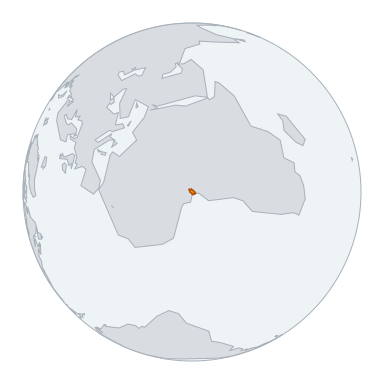 the Earth from above Sud-Ouest, rotated 294°
{"feature_id": "CMR-799", "entity_name": "Sud-Ouest", "entity_type": "Province", "adm_level": 1, "iso_a3": "CMR", "parent_name": "Cameroon", "parent_adm1": "", "projection": "orthographic", "projection_center": [9.217, 5.228], "detail": "fine", "context": "on_globe", "style": "filled", "palette": "amber", "viewbox_px": 384, "rotation_deg": 294, "n_neighbors": 0, "source": "natural_earth", "source_scale": "10m", "svg_char_len": 9107}
<svg xmlns="http://www.w3.org/2000/svg" viewBox="0 0 384 384"><g transform="rotate(294 192 192)"><circle cx="192" cy="192" r="169" fill="#eef3f6" stroke="#a8b0b8"/><path d="M132.8,33.8L133.3,33.6L134.2,33.2L139.6,31.4L140.5,31.1L135.7,32.7L134.6,33.1L133.7,33.5L130.9,34.5L132.8,33.8L127.0,36.2L134.1,33.6L130.5,35.2L126.3,36.9L125.0,37.1L117.2,40.5L132.8,33.8ZM99.7,50.5L95.5,53.7L91.0,56.9L86.2,61.0L89.4,58.8L94.3,54.9L99.1,52.3L104.6,48.4L107.3,47.0L113.6,43.3L114.4,43.7L111.8,46.2L106.6,49.4L105.3,50.8L111.7,47.9L103.4,54.7L100.4,61.0L98.1,63.2L91.0,66.1L87.3,65.1L78.0,71.1L85.8,67.3L79.8,73.5L79.6,74.8L81.0,74.7L83.9,72.6L82.3,75.0L73.9,79.1L75.3,76.9L77.9,75.5L76.2,75.3L70.5,79.0L68.0,82.4L62.2,86.1L60.3,88.7L57.9,91.3L61.4,86.7L55.1,95.3L47.9,104.1L39.1,120.4L45.8,107.4L52.8,96.2L60.7,85.6L69.4,75.7L78.8,66.5L88.9,58.1L99.7,50.5ZM25.2,165.1L25.4,164.2L25.4,167.8L27.1,161.2L29.0,158.1L27.2,167.9L29.8,159.4L29.9,164.5L34.9,165.6L34.1,167.7L38.1,180.6L45.3,187.2L47.0,194.8L45.8,199.1L49.0,200.9L49.1,203.8L64.3,210.5L74.2,219.0L75.4,229.2L69.9,240.1L71.7,264.0L63.7,270.4L66.1,279.9L67.8,292.8L62.3,290.7L68.6,298.0L69.4,301.7L67.1,301.3L70.8,306.0L69.3,305.7L73.2,309.2L76.9,314.6L83.0,319.9L87.3,324.2L91.3,327.3L90.7,327.0L91.6,327.8L93.7,329.4L90.4,327.0L79.4,318.0L77.4,316.2L76.7,315.5L75.6,314.4L68.4,307.0L69.7,308.5L58.4,295.2L51.3,284.3L35.7,251.5L32.9,244.6L29.1,235.8L24.8,216.1L23.5,204.3L23.2,200.1L23.1,196.3L23.1,194.3L23.8,181.7L25.0,168.3L25.1,166.2L24.4,170.8L24.5,169.7L25.2,165.1ZM36.0,127.1L36.6,126.0L34.6,135.3L33.3,135.6L34.0,134.2L35.0,130.6L36.1,127.0L35.9,127.4L36.0,127.1ZM41.1,117.4L41.3,116.6L41.1,117.4ZM112.7,43.5L113.1,43.4L111.7,44.1L112.7,43.5ZM115.1,42.1L113.2,42.9L114.0,42.4L115.1,41.9L115.1,42.1ZM117.2,41.2L115.7,41.4L117.2,40.6L122.8,38.0L117.2,41.2ZM146.4,29.3L146.7,29.2L144.8,29.8L140.9,31.0L146.4,29.3ZM144.2,30.0L147.1,29.2L145.7,29.7L141.3,30.8L144.2,30.0ZM142.3,31.6L142.1,31.3L144.6,30.5L142.3,31.6ZM148.3,28.8L148.8,28.7L149.8,28.4L151.4,28.1L148.3,28.8ZM155.9,27.0L150.5,28.5L150.3,28.9L148.1,29.6L148.7,28.8L155.9,27.0ZM154.9,27.2L155.0,27.2L152.2,27.8L150.4,28.2L154.9,27.2ZM156.4,27.0L157.7,26.6L156.7,26.9L156.4,27.0ZM161.0,26.0L159.2,26.4L157.9,26.6L161.0,26.0ZM161.6,25.8L163.5,25.5L158.5,26.4L161.0,25.9L161.6,25.8ZM166.8,25.2L160.9,26.4L158.0,26.7L164.2,25.5L166.8,25.2ZM91.5,327.8L94.3,329.8L91.8,327.7L98.0,331.7L98.9,332.8L91.7,328.0L91.5,327.8ZM93.7,327.5L93.8,326.6L95.3,327.5L95.6,328.4L93.7,327.5ZM356.5,153.3L356.3,152.8L358.8,165.0L359.1,167.0L359.8,172.3L359.4,169.4L357.6,158.7L353.5,143.5L353.8,146.8L351.9,140.7L346.4,128.8L345.6,133.4L345.7,150.7L348.8,166.8L347.5,174.3L338.4,152.1L332.7,137.1L330.4,139.0L320.2,127.3L305.4,128.2L302.5,124.5L299.9,126.6L292.5,123.4L287.7,117.6L283.6,118.3L296.4,133.9L300.6,133.2L302.9,126.6L305.8,132.4L312.8,137.2L308.2,152.4L284.8,167.6L281.1,155.7L256.0,125.1L256.0,121.6L255.8,121.2L255.4,120.5L254.6,126.3L249.7,120.5L264.7,141.6L267.8,151.1L284.5,168.3L283.3,170.3L288.2,173.8L302.3,168.2L302.7,172.2L296.9,191.6L276.2,219.0L278.1,236.4L275.3,251.4L260.6,262.0L260.2,273.4L252.3,277.8L250.7,284.2L243.4,291.3L232.0,298.2L214.3,299.0L214.5,293.3L207.7,282.3L198.8,255.0L204.7,242.1L203.7,232.2L190.8,210.7L193.7,198.4L189.9,193.3L182.2,194.8L177.7,188.9L172.9,188.9L142.2,193.9L132.1,186.2L118.2,162.5L123.2,152.9L122.8,142.1L156.2,105.7L164.7,107.4L192.7,102.2L196.4,103.3L194.8,111.2L217.0,120.3L222.3,113.4L240.9,118.1L252.2,117.4L253.4,102.6L234.8,103.3L230.0,96.4L243.6,89.8L259.7,90.2L258.3,87.6L246.9,82.1L249.2,77.5L242.7,80.0L246.4,82.5L242.4,84.4L238.9,82.3L239.8,80.6L234.6,79.6L231.4,88.9L234.7,92.4L221.9,94.7L226.2,101.0L223.2,104.2L214.8,94.8L214.6,91.3L200.1,82.2L199.1,86.0L212.8,95.1L209.1,94.5L208.0,100.5L206.0,95.5L191.3,85.4L178.8,88.3L165.3,103.6L157.5,105.3L150.0,102.8L152.6,87.9L169.6,86.0L170.8,81.5L165.4,75.5L171.0,75.7L170.9,73.3L177.2,72.6L184.0,66.7L190.1,65.8L190.9,59.1L194.1,57.9L192.7,62.1L195.0,64.9L209.8,64.0L212.1,62.4L211.5,58.3L215.7,58.9L213.1,55.1L220.7,53.5L209.3,52.6L208.3,48.6L211.8,45.6L209.4,44.3L203.6,49.4L203.1,51.7L206.0,53.7L202.9,60.9L198.2,62.3L193.7,54.9L186.5,56.4L186.2,50.7L202.1,39.3L209.7,37.4L226.2,41.6L225.5,43.8L219.2,43.1L226.7,47.0L225.3,45.0L228.8,45.8L228.6,42.9L231.0,43.3L226.7,40.0L229.7,40.3L232.4,42.4L234.7,39.0L240.4,39.3L239.8,38.4L237.4,37.4L246.2,38.8L245.3,38.1L242.1,37.3L238.3,35.6L235.0,33.3L238.2,33.9L239.8,34.8L248.1,38.0L252.0,40.8L252.9,40.9L250.3,38.6L240.3,34.6L237.4,33.1L242.3,34.7L240.3,34.0L239.8,33.5L242.4,33.7L237.1,31.9L227.9,27.3L231.9,27.9L237.3,29.4L235.9,28.9L247.5,32.4L258.8,36.8L269.8,42.0L280.3,48.0L290.4,54.7L300.0,62.1L309.1,70.2L317.5,78.9L325.3,88.2L332.4,98.0L338.8,108.3L344.4,119.1L349.3,130.2L353.3,141.6L356.5,153.3ZM146.5,123.7L146.0,126.9L146.5,123.7ZM278.0,98.7L286.7,99.0L280.3,90.3L283.0,89.9L279.8,87.3L279.8,89.7L271.5,82.8L274.4,80.3L272.0,76.8L269.0,76.6L265.2,82.5L276.9,92.1L276.0,95.8L278.0,98.7ZM35.2,165.5L35.5,167.6L34.6,167.4L35.2,165.5ZM31.9,139.4L32.0,139.9L31.7,141.5L31.4,141.8L31.9,139.4ZM36.3,142.0L37.1,143.2L35.8,143.6L36.3,142.0ZM34.5,136.6L35.7,141.4L33.1,143.5L32.6,140.7L33.7,140.3L34.5,136.6ZM38.5,122.6L38.3,123.4L37.5,125.1L38.5,122.6ZM41.2,117.6L41.7,116.2L41.2,117.6ZM80.3,73.2L81.0,73.0L81.8,73.5L80.3,74.3L80.3,73.2ZM92.3,70.6L89.3,74.6L90.4,72.1L87.7,73.7L86.5,70.9L96.9,64.1L92.4,67.5L92.3,70.6ZM87.8,66.0L87.4,68.1L87.5,66.1L87.8,66.0ZM164.1,62.4L166.8,63.6L165.3,66.3L157.7,68.7L159.7,64.7L164.1,62.4ZM171.1,64.8L168.7,57.5L173.4,56.2L171.2,58.0L174.5,57.9L171.8,61.0L178.6,67.3L177.7,70.2L164.0,72.3L169.0,69.8L166.0,68.6L171.1,64.8ZM154.4,46.0L153.4,44.1L164.8,43.4L164.4,45.3L156.7,47.5L152.7,46.6L154.4,46.0ZM127.5,37.2L126.4,37.4L127.7,36.8L129.7,36.2L127.5,37.2ZM142.0,31.5L133.7,36.0L132.0,36.4L129.2,39.2L123.7,41.4L125.7,39.3L119.3,43.5L118.9,42.5L115.1,45.4L120.1,40.6L119.5,40.3L122.3,39.7L127.4,37.6L129.4,36.7L134.7,33.9L135.9,32.8L141.1,31.0L144.5,30.1L145.1,30.0L141.5,31.1L144.7,30.3L140.0,31.9L142.0,31.5ZM181.3,26.8L176.9,26.9L182.7,27.9L177.9,28.5L178.9,28.6L176.1,29.6L174.3,31.1L171.9,31.4L172.3,31.9L170.4,32.8L170.1,33.7L165.7,34.6L165.0,35.8L163.3,35.6L163.2,37.6L161.3,36.5L158.7,37.9L161.9,38.2L139.0,43.1L130.9,46.9L125.1,50.8L122.6,49.1L126.5,44.6L133.5,39.6L141.7,36.6L139.1,36.6L142.3,35.3L143.0,35.8L143.8,34.3L146.6,33.5L152.9,30.5L152.2,29.5L154.5,28.6L156.2,28.6L157.3,27.8L162.0,27.4L163.7,26.8L170.1,26.1L172.2,26.8L174.0,26.2L178.9,26.0L181.3,26.8ZM168.6,25.0L172.3,25.2L171.5,25.8L160.8,26.8L158.5,27.4L151.6,28.6L152.9,27.9L154.8,27.5L156.9,27.1L155.6,27.5L158.2,26.8L160.8,26.4L163.6,25.9L164.0,26.0L168.6,25.0ZM199.8,100.2L202.5,100.4L206.6,99.9L205.9,103.9L199.8,100.2ZM189.6,93.4L192.0,92.7L193.0,97.6L190.2,97.7L189.6,93.4ZM192.4,88.5L192.0,92.3L190.5,90.2L192.4,88.5ZM194.8,61.5L197.2,60.9L197.8,61.8L196.9,63.4L194.8,61.5ZM197.3,31.7L194.9,31.2L195.4,30.8L192.7,29.2L195.9,28.9L198.9,29.7L197.3,31.7ZM250.8,105.2L248.1,108.1L246.1,106.8L247.4,106.1L250.8,105.2ZM226.3,105.9L232.3,107.5L226.1,107.0L226.3,105.9ZM200.4,31.0L198.9,30.3L201.5,30.6L200.4,31.0ZM198.2,28.6L201.1,28.8L196.0,28.7L198.2,28.6ZM288.4,323.4L287.6,325.2L286.0,325.5L288.4,323.4ZM299.5,247.4L286.1,274.0L279.5,274.5L279.7,267.0L285.6,251.1L293.8,246.1L298.2,238.6L299.5,247.4ZM361.0,191.6L359.8,177.0L360.2,177.1L360.6,181.4L361.0,191.6ZM349.3,168.2L352.0,177.6L351.0,179.5L349.3,168.2ZM226.5,30.5L226.6,32.7L228.9,34.9L233.7,36.6L227.1,35.5L223.5,32.1L226.5,30.5ZM227.4,27.5L223.2,26.5L224.9,26.7L226.1,26.9L227.4,27.5ZM224.9,27.0L220.1,26.5L217.7,25.8L222.0,26.4L224.9,27.0ZM210.4,27.8L210.2,28.4L208.1,28.1L210.4,27.8Z" fill="#d9dde1" stroke="#a8b0b8" stroke-width="1"/><path d="M193.3,188.2L193.5,188.3L193.6,188.5L193.7,188.9L193.7,189.1L193.7,189.3L193.4,189.4L193.2,189.6L193.2,189.8L193.1,190.0L193.3,190.1L193.5,190.2L193.6,190.3L193.9,190.4L194.1,190.5L194.2,190.4L194.3,190.5L194.5,190.5L194.3,190.9L194.2,191.0L194.0,191.5L193.9,191.6L193.7,191.8L193.6,192.0L193.8,192.2L193.8,192.3L193.9,192.5L193.7,192.5L193.6,192.8L193.7,193.0L193.5,193.3L193.4,193.4L193.3,193.5L193.2,193.7L193.0,193.8L192.9,194.0L192.9,194.3L192.7,194.7L192.7,194.8L192.9,195.0L193.0,195.0L192.9,195.2L192.9,195.3L192.7,195.4L192.6,195.6L192.4,195.8L192.3,195.7L192.2,195.5L191.9,195.6L191.7,195.6L191.3,195.3L191.3,195.2L191.2,194.9L191.1,194.7L191.1,194.3L191.1,194.2L191.1,193.9L190.9,193.8L190.9,193.7L190.9,193.8L191.0,193.9L191.0,194.0L190.9,194.0L190.8,193.8L190.8,194.0L190.7,194.0L190.6,193.9L190.5,193.7L190.4,193.6L190.3,193.4L190.3,193.5L190.4,194.0L190.5,194.0L190.1,194.2L189.9,194.1L189.9,193.9L190.0,194.0L190.0,193.9L189.9,193.8L189.9,193.7L190.0,193.7L190.1,193.4L190.1,193.2L190.3,192.9L190.4,192.7L190.5,192.6L190.5,192.4L190.8,192.2L190.9,191.8L190.8,191.7L190.9,191.4L190.9,191.2L191.0,191.1L191.1,190.9L190.9,190.7L191.0,190.5L191.0,190.4L190.9,190.3L190.9,190.2L191.0,190.1L191.3,190.0L191.3,189.9L191.5,189.7L191.8,189.5L192.2,189.1L192.3,188.8L192.5,188.8L192.6,188.7L192.8,188.5L192.9,188.4L193.0,188.4L193.1,188.2L193.3,188.2Z" fill="#f59e0b" stroke="#b45309" stroke-width="1.5"/></g></svg>